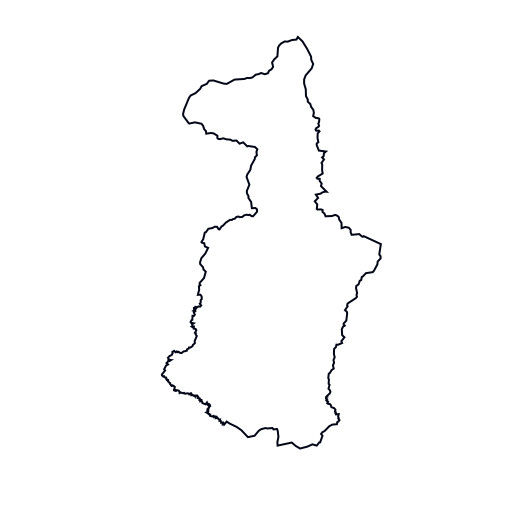 Huai Khot, Uthai Thani, Thailand, rotated 74°
{"feature_id": "78962969B62353479912268", "entity_name": "Huai Khot", "entity_type": "district", "adm_level": 2, "iso_a3": "THA", "parent_name": "Thailand", "parent_adm1": "Uthai Thani", "projection": "natural_earth1", "projection_center": [99.561, 15.292], "detail": "fine", "context": "isolated", "style": "outline", "palette": "ink", "viewbox_px": 512, "rotation_deg": 74, "n_neighbors": 0, "source": "geoboundaries", "source_scale": "gbopen_adm2", "svg_char_len": 6121}
<svg xmlns="http://www.w3.org/2000/svg" viewBox="0 0 512 512"><g transform="rotate(74 256 256)"><path d="M452.6,253.7L455.0,249.9L452.6,246.5L452.8,245.7L447.1,241.6L445.0,242.5L443.7,240.8L443.2,238.4L439.8,232.4L439.1,229.0L440.0,224.6L437.9,223.5L437.8,222.4L436.8,221.0L435.0,221.7L434.5,221.1L433.2,221.4L430.8,220.1L430.3,222.7L429.4,222.4L428.8,223.0L428.0,222.4L427.2,223.0L425.7,222.0L423.7,222.9L422.1,225.2L419.8,225.2L418.6,225.9L418.0,227.4L417.1,228.1L416.1,226.9L414.9,227.8L414.3,227.3L413.8,228.1L413.0,227.3L412.1,228.0L410.7,227.3L410.9,226.2L410.0,226.1L408.4,222.9L407.0,221.9L405.3,222.0L403.6,222.9L400.1,220.8L398.9,221.4L394.6,219.9L393.3,220.2L389.2,218.5L388.8,217.2L386.6,214.9L385.6,212.3L382.3,212.2L380.2,210.4L377.4,210.2L375.1,208.3L371.6,208.1L366.8,206.5L365.6,204.3L363.4,203.1L363.9,201.6L363.4,197.2L361.4,197.4L358.5,193.4L355.9,195.0L350.0,193.7L347.8,191.7L347.4,189.9L345.9,190.6L345.0,190.3L343.0,187.0L336.1,184.1L334.5,184.1L332.6,185.4L329.6,181.8L328.5,182.0L326.9,181.0L324.0,171.6L323.0,170.2L321.0,170.1L319.5,169.0L314.5,168.7L312.5,167.9L311.5,165.2L308.4,163.1L308.1,161.5L305.3,160.1L305.1,158.9L302.8,155.1L303.7,148.2L302.7,146.7L297.6,141.7L294.8,140.5L292.7,136.9L290.5,136.3L288.5,137.1L279.0,132.7L266.6,147.0L267.0,148.0L266.4,148.8L263.4,150.7L262.0,158.2L259.4,158.5L257.0,157.8L254.4,159.0L252.7,162.2L252.9,166.0L247.7,164.7L243.8,166.0L241.6,165.7L239.8,166.6L238.3,168.6L238.5,172.0L237.0,178.2L234.1,178.5L232.0,179.9L230.1,179.3L229.1,180.7L228.3,184.0L227.6,184.6L223.3,182.9L219.6,184.4L217.3,180.3L213.5,181.5L213.9,177.0L213.2,174.7L213.1,172.2L213.7,170.4L206.7,174.3L204.5,172.9L201.3,174.1L199.4,173.5L198.6,175.7L197.6,176.1L196.6,174.7L195.1,169.2L191.8,168.8L186.2,167.1L184.6,167.4L181.9,164.0L179.5,165.3L178.6,163.4L175.9,162.4L174.8,160.0L172.0,166.5L165.9,167.1L164.5,166.5L163.8,164.7L159.3,164.3L155.1,162.9L153.7,160.6L152.8,161.0L152.1,163.6L150.7,163.9L149.6,162.7L149.1,160.5L148.3,159.5L145.8,159.6L144.7,158.5L141.9,157.4L141.0,157.7L139.7,160.5L137.3,162.5L134.3,160.9L131.3,160.6L127.8,161.9L124.9,161.9L121.9,163.7L119.8,163.1L116.1,163.9L109.5,162.2L103.4,162.2L99.6,161.1L96.1,158.5L91.0,150.8L87.2,148.1L82.6,148.8L79.5,148.1L70.4,149.9L62.4,152.2L57.0,155.4L59.1,157.5L58.3,161.9L58.7,166.4L57.7,169.3L58.6,173.2L60.0,175.7L61.8,177.4L70.0,180.4L72.0,184.3L74.4,187.2L78.9,187.4L80.8,189.6L81.5,192.3L83.6,194.2L83.7,197.4L81.5,200.7L81.9,203.3L81.6,206.1L83.4,210.4L83.2,213.3L82.4,215.3L82.6,218.4L80.5,228.0L82.5,236.6L81.4,239.5L75.5,248.6L74.6,252.8L77.0,255.9L77.7,261.4L80.0,263.7L82.8,269.3L83.7,274.6L85.5,276.8L95.4,284.7L99.5,287.0L101.4,287.2L109.8,284.1L110.3,283.6L110.7,277.9L113.8,272.0L116.1,271.0L120.0,270.8L122.1,269.7L124.7,270.1L125.3,265.6L126.4,263.0L129.7,260.0L132.0,260.6L133.0,260.0L133.7,258.6L133.9,254.9L135.8,252.1L137.0,248.7L138.8,246.9L139.6,243.0L143.5,240.8L143.2,237.0L148.2,234.2L148.2,232.9L150.9,227.0L153.7,225.3L156.1,226.9L159.5,227.4L160.8,229.8L162.5,230.5L167.8,235.8L171.6,237.7L175.3,242.0L177.4,243.3L185.6,242.7L191.0,246.9L193.2,247.4L196.6,246.7L198.0,247.3L202.8,245.8L208.9,246.8L209.7,243.4L211.1,242.3L212.9,242.5L213.9,243.0L217.0,247.9L216.4,249.4L214.6,250.6L214.6,252.0L213.7,253.7L213.7,256.3L214.7,258.5L214.1,261.2L213.3,261.8L213.0,264.0L214.3,266.1L214.2,268.1L214.7,269.3L214.1,270.9L215.5,275.6L217.8,279.5L218.0,280.8L220.4,283.8L220.0,284.5L217.2,285.4L216.5,287.4L217.1,290.3L216.7,294.3L219.2,297.4L219.4,298.8L225.3,302.1L227.6,304.6L228.5,304.1L229.5,302.2L232.7,302.5L235.0,299.8L239.7,304.1L243.0,309.1L246.6,311.5L248.3,311.9L252.3,310.0L254.5,310.2L257.2,308.6L262.9,312.1L266.3,317.5L267.5,318.0L268.7,317.5L269.3,319.2L272.7,319.9L277.3,322.6L277.9,320.1L279.9,319.4L282.4,320.0L283.2,321.3L285.7,322.1L286.4,323.2L288.4,322.3L289.3,323.8L288.6,325.1L289.1,326.6L288.1,328.3L288.7,328.7L288.8,330.0L289.6,330.2L290.3,328.5L291.1,329.3L291.5,331.1L292.4,329.9L293.1,331.3L295.6,331.0L296.5,332.4L296.0,333.5L299.8,334.8L300.0,335.8L301.4,337.1L302.2,336.9L303.5,334.5L304.1,336.3L306.1,336.2L306.2,337.2L307.0,336.5L306.9,335.2L308.6,335.9L309.6,334.1L310.9,333.8L313.0,335.9L313.7,335.1L314.6,335.6L316.6,335.0L320.9,338.4L323.0,338.8L324.1,341.2L325.1,341.8L325.9,344.1L325.5,345.7L326.4,346.2L326.7,348.0L328.0,348.7L327.8,352.1L328.8,354.3L327.9,356.1L326.7,356.8L326.8,358.2L325.9,358.5L326.3,359.9L324.6,360.9L325.2,362.9L326.5,362.9L328.0,364.5L328.3,366.6L329.6,368.7L330.6,368.3L331.6,368.8L332.6,366.3L333.2,368.3L333.0,369.3L334.2,371.5L336.0,370.5L336.4,372.5L339.5,375.5L341.0,374.9L343.9,379.1L344.8,379.3L346.2,378.5L346.1,377.6L347.3,377.4L348.1,375.9L349.5,376.2L350.5,375.1L350.9,375.5L351.3,374.7L352.5,375.1L354.5,373.6L354.9,374.0L356.9,373.3L357.0,372.6L357.7,372.7L357.8,371.3L359.5,370.1L362.1,371.7L362.4,370.8L362.9,371.3L363.7,370.2L363.3,368.8L364.2,367.3L365.3,366.9L366.7,367.2L366.5,365.8L367.9,363.9L367.7,362.9L368.8,362.2L369.2,359.4L370.2,358.4L370.1,357.5L370.6,357.8L370.6,356.7L371.5,356.6L371.0,356.0L372.0,355.9L372.6,354.4L373.1,354.5L373.4,353.5L374.1,353.3L373.5,353.0L373.7,351.2L374.9,350.6L375.1,351.2L376.1,351.0L376.7,350.2L376.9,350.7L378.0,349.3L378.9,349.9L379.3,348.5L380.4,349.5L380.8,348.0L382.7,348.0L384.6,345.4L383.3,343.6L384.7,343.6L384.4,343.1L385.0,342.7L386.1,343.1L386.6,342.3L386.0,341.6L386.5,341.4L387.3,341.4L387.0,342.7L388.2,342.4L389.0,343.6L389.5,343.6L389.8,344.6L390.7,344.3L390.9,345.2L391.9,344.8L392.1,345.6L392.8,345.6L392.8,346.7L393.7,345.9L393.5,345.2L394.9,345.1L395.1,344.4L396.1,344.3L396.1,343.8L397.1,344.1L398.2,342.3L398.0,341.2L399.2,340.9L398.8,339.9L399.8,339.4L399.3,338.7L399.6,338.2L400.1,338.0L400.9,339.0L401.3,337.5L403.1,336.5L403.2,335.7L404.4,336.5L405.0,335.3L406.7,335.5L406.8,333.9L408.5,334.4L408.1,333.2L409.3,333.1L407.1,329.8L410.0,327.3L415.0,321.7L419.4,318.1L427.9,313.7L428.4,306.9L424.8,301.6L423.9,298.9L424.0,294.3L424.9,292.7L425.9,287.6L427.5,287.0L428.1,283.5L430.1,283.3L436.1,284.3L440.7,286.7L444.2,287.5L445.2,273.0L449.4,270.3L453.2,266.7L453.4,259.1L452.6,253.7Z" fill="none" stroke="#020617" stroke-width="2"/></g></svg>